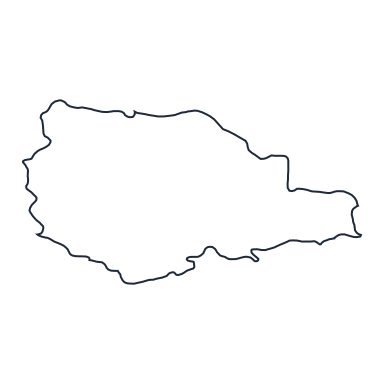 Byaroza, Brest, Belarus (Natural Earth projection)
{"feature_id": "67162791B6222300561744", "entity_name": "Byaroza", "entity_type": "district", "adm_level": 2, "iso_a3": "BLR", "parent_name": "Belarus", "parent_adm1": "Brest", "projection": "natural_earth1", "projection_center": [25.045, 52.495], "detail": "fine", "context": "isolated", "style": "outline", "palette": "slate", "viewbox_px": 384, "rotation_deg": 0, "n_neighbors": 0, "source": "geoboundaries", "source_scale": "gbopen_adm2", "svg_char_len": 4229}
<svg xmlns="http://www.w3.org/2000/svg" viewBox="0 0 384 384"><path d="M89.5,260.1L91.8,260.4L96.3,261.6L98.7,262.0L100.6,262.1L102.2,262.4L104.6,264.2L105.6,265.6L106.6,267.7L108.2,269.5L110.9,270.6L114.8,270.9L117.8,270.9L118.7,272.4L120.3,274.4L120.8,276.9L122.2,279.6L123.5,281.4L125.3,282.7L127.7,283.4L131.1,283.6L134.1,283.7L138.8,282.6L142.2,281.9L145.3,281.0L147.9,280.2L150.3,279.8L153.3,279.7L155.5,279.0L157.6,278.5L160.1,278.0L162.1,277.6L164.1,276.9L166.8,275.9L168.9,273.6L170.4,272.8L172.9,272.2L174.3,272.6L175.1,273.5L176.2,274.7L177.3,275.0L178.8,274.9L181.9,273.9L184.5,272.4L186.0,271.3L187.6,270.4L189.0,269.9L191.3,269.1L193.1,268.6L194.1,267.5L194.3,266.4L194.1,264.8L193.9,262.9L193.6,261.9L192.3,261.5L190.4,261.3L187.7,260.5L186.8,259.5L187.2,258.0L189.0,257.2L190.7,256.9L194.4,256.9L197.6,256.9L199.6,256.1L201.2,255.1L202.7,253.8L203.6,252.8L204.4,250.8L205.3,249.0L206.1,248.2L207.7,247.1L209.7,246.8L212.4,247.0L214.9,248.8L215.9,250.1L216.9,252.0L218.4,253.6L219.9,255.3L221.8,256.1L223.8,256.6L225.3,257.1L226.8,258.1L228.8,259.0L230.9,259.2L235.3,259.1L237.9,258.6L239.9,258.0L243.8,257.0L246.4,256.7L250.5,257.5L252.6,259.1L254.3,260.8L255.7,261.3L257.0,261.1L258.1,260.4L258.4,259.0L256.4,257.1L255.3,256.3L253.1,254.4L251.6,252.6L251.3,250.9L251.7,249.7L252.9,249.4L254.9,249.3L256.6,249.2L258.9,249.5L261.3,250.0L265.2,250.1L268.3,249.2L271.5,248.3L274.4,247.4L277.8,245.8L280.9,244.4L284.1,243.1L287.5,241.6L289.4,240.6L292.7,240.4L296.5,240.5L298.9,240.9L300.5,241.3L302.4,241.6L304.7,241.5L306.9,241.5L309.4,241.5L311.0,241.5L312.4,241.4L314.4,241.2L316.3,242.0L318.5,243.5L319.6,244.3L320.7,244.3L321.9,242.7L323.9,241.2L327.2,240.1L329.0,239.3L332.4,238.7L334.4,238.4L334.4,237.9L336.3,236.5L338.7,235.0L341.2,234.4L344.7,234.4L350.3,236.1L354.0,237.0L356.8,237.1L360.3,236.5L361.0,235.0L358.5,234.1L356.6,232.6L355.0,230.2L354.4,225.1L353.3,222.3L352.7,218.5L351.7,214.6L352.1,210.9L353.3,208.8L357.0,206.1L358.0,205.8L357.2,203.7L356.5,200.8L354.7,197.9L351.9,195.1L348.1,193.1L343.6,191.4L340.0,191.2L336.9,191.2L334.8,191.6L331.7,192.6L329.8,193.0L327.8,193.0L322.9,192.4L319.9,191.9L315.4,191.6L312.0,191.4L306.7,189.8L303.8,189.2L299.2,188.7L296.9,188.8L294.5,190.5L291.7,191.1L289.4,190.7L287.7,187.8L287.6,183.6L288.0,179.0L288.0,175.4L288.3,171.1L288.3,165.4L288.3,162.8L288.3,160.5L287.7,158.3L285.8,156.4L283.3,155.8L278.9,155.8L275.1,155.8L271.4,155.4L268.4,157.0L266.0,158.2L263.7,158.8L260.5,158.9L258.8,157.6L255.4,155.1L251.6,152.7L248.7,150.1L247.7,147.0L247.2,143.7L245.6,140.9L234.1,134.2L228.4,131.3L222.9,129.1L218.8,124.5L216.3,121.7L214.1,119.3L210.2,116.4L207.0,114.6L202.2,112.3L197.5,110.8L194.3,110.6L190.5,111.2L188.2,111.4L185.3,112.2L182.1,112.5L178.6,113.7L174.6,115.1L170.3,115.7L164.1,116.4L158.4,116.5L154.0,115.8L149.6,115.1L144.2,114.0L137.1,112.9L134.7,111.6L134.9,112.6L134.7,114.3L133.9,115.7L132.7,117.0L129.7,117.2L127.6,116.7L125.0,115.1L124.1,113.3L121.7,111.7L118.6,111.1L113.8,111.1L110.8,111.6L106.8,112.1L101.9,111.8L98.1,111.0L94.2,110.1L91.5,109.2L86.9,108.3L82.2,107.4L77.6,108.0L73.2,107.2L69.8,106.3L67.1,104.7L64.8,102.1L61.4,100.5L59.7,100.3L55.0,101.5L51.6,104.1L50.2,106.5L49.2,108.2L48.1,110.0L46.9,111.3L45.2,112.3L42.9,113.2L41.3,114.9L40.6,117.6L42.3,120.8L43.0,126.0L43.5,133.5L44.8,136.2L47.7,137.6L50.5,140.5L50.5,142.1L49.0,144.8L46.1,146.9L42.8,148.6L40.4,149.5L37.8,151.0L35.9,152.6L34.4,154.0L33.6,155.2L32.8,156.5L32.0,157.9L31.5,158.7L29.6,159.3L27.9,159.5L24.9,160.1L23.1,161.1L23.0,162.2L24.3,163.8L25.5,165.2L26.1,166.5L27.6,168.9L28.0,170.8L27.7,175.7L28.1,180.0L27.9,182.7L27.4,184.2L26.3,185.9L26.2,187.3L26.8,188.9L28.9,190.5L31.2,192.1L33.4,194.4L35.4,196.3L36.5,197.7L36.4,199.8L35.6,201.1L33.9,202.8L31.6,205.2L30.9,206.5L30.0,208.2L29.5,210.6L30.6,212.8L32.9,216.2L35.0,218.6L36.7,220.4L38.4,221.7L39.8,222.8L41.2,224.4L43.0,226.1L43.3,227.3L43.3,228.4L43.1,229.2L42.4,231.7L41.0,233.5L37.8,234.5L37.4,234.5L37.8,234.9L39.6,235.8L41.9,236.7L45.3,237.5L47.7,237.9L50.1,239.0L54.3,241.6L57.6,242.9L60.8,244.2L63.5,245.6L65.7,247.3L67.8,249.5L68.6,251.3L70.2,254.2L72.3,255.5L75.1,256.1L78.7,256.3L83.9,256.4L86.5,256.6L88.9,257.6L89.7,259.3L89.5,260.1Z" fill="none" stroke="#1e293b" stroke-width="2"/></svg>